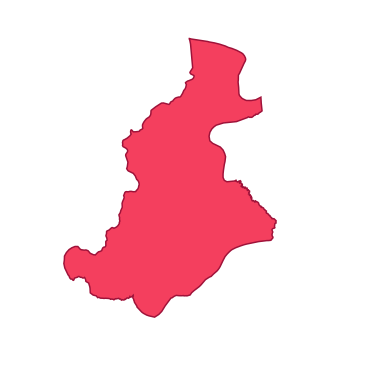 Vangvieng, Vientiane, Laos, rotated 216°
{"feature_id": "54806243B551923777603", "entity_name": "Vangvieng", "entity_type": "district", "adm_level": 2, "iso_a3": "LAO", "parent_name": "Laos", "parent_adm1": "Vientiane", "projection": "albers", "projection_center": [102.424, 18.922], "detail": "fine", "context": "isolated", "style": "filled", "palette": "rose", "viewbox_px": 384, "rotation_deg": 216, "n_neighbors": 0, "source": "geoboundaries", "source_scale": "gbopen_adm2", "svg_char_len": 6024}
<svg xmlns="http://www.w3.org/2000/svg" viewBox="0 0 384 384"><g transform="rotate(216 192 192)"><path d="M275.2,201.1L276.1,197.5L277.4,194.6L278.0,193.7L278.0,192.7L277.2,191.0L276.2,190.1L275.5,188.7L274.4,188.2L271.3,188.6L269.6,188.4L268.7,188.0L268.1,187.2L267.8,186.4L267.7,183.6L267.0,182.4L261.4,178.5L259.2,174.4L258.5,172.4L258.0,172.3L256.9,171.8L255.9,171.6L250.3,172.6L249.3,172.2L247.4,171.7L244.2,169.7L242.6,169.5L241.2,168.9L239.9,167.9L238.9,166.7L238.7,165.7L237.9,164.1L237.6,162.6L237.9,160.4L237.8,159.2L239.8,157.6L241.4,156.9L242.6,156.0L243.8,154.6L245.2,153.8L245.9,153.0L246.0,152.1L245.1,148.8L244.2,148.3L243.7,147.8L243.1,146.2L242.6,143.7L241.9,141.7L240.1,139.5L239.4,138.5L238.7,135.2L237.9,133.1L237.7,130.6L237.1,130.0L235.5,128.7L234.7,127.4L233.3,126.1L232.9,124.6L232.3,123.9L232.1,121.3L232.5,119.3L233.8,116.8L235.1,116.6L235.8,116.2L236.2,115.2L236.7,112.6L237.9,110.4L237.7,109.4L237.0,108.7L235.9,106.0L235.1,105.4L234.1,104.9L232.4,103.2L232.7,101.5L232.3,100.8L230.2,98.0L230.0,97.2L230.2,96.2L231.1,95.3L231.3,94.3L231.0,92.6L230.6,91.6L231.3,90.1L232.5,88.6L233.0,86.3L233.2,84.3L234.9,83.3L238.3,82.6L241.6,83.4L243.7,82.8L245.0,81.6L247.5,80.3L248.6,80.0L252.3,80.8L254.6,79.2L256.4,76.3L257.6,73.2L258.0,69.3L257.5,65.2L255.4,62.1L253.6,58.8L250.3,55.8L243.5,52.1L241.9,51.7L240.7,50.8L239.1,50.3L237.7,51.0L236.6,50.7L236.2,50.7L236.0,50.9L235.9,51.6L236.4,52.9L236.4,53.3L234.5,55.9L234.3,56.8L233.7,57.3L232.2,57.4L231.1,58.1L229.8,58.2L229.1,58.8L228.7,59.7L227.2,59.0L226.0,58.1L225.7,57.5L224.9,57.3L222.1,57.6L219.2,55.4L218.0,54.3L215.0,50.6L211.4,50.5L208.4,51.7L206.2,51.1L205.7,51.8L204.9,52.2L203.9,52.2L201.3,53.9L200.7,54.1L199.8,55.0L197.0,56.8L195.7,57.4L194.9,57.3L194.0,58.2L192.6,58.9L192.0,58.8L191.6,59.2L191.6,59.8L191.3,60.1L191.2,60.7L190.5,60.9L190.1,61.7L189.5,62.0L188.8,62.9L188.4,63.0L187.8,62.7L187.2,63.2L186.7,63.4L185.6,63.0L185.1,63.9L184.3,64.1L183.4,64.9L183.4,65.6L182.8,65.9L182.7,66.1L182.5,67.6L181.9,68.4L181.1,68.6L180.8,68.9L180.6,70.0L180.8,71.0L180.0,70.8L179.7,71.0L179.1,72.2L178.9,73.9L178.3,73.3L178.3,72.6L178.0,72.0L177.4,71.5L176.1,70.9L175.4,70.2L174.6,69.8L174.1,69.2L173.1,68.7L169.6,67.3L168.8,66.6L161.9,65.3L160.0,65.3L156.3,65.8L153.8,66.6L148.7,68.8L146.9,73.4L146.3,77.6L146.8,84.2L146.7,93.7L145.9,94.8L145.1,97.2L144.0,99.1L141.7,100.4L139.1,102.2L138.2,103.1L137.6,103.2L137.4,103.5L136.8,103.7L135.7,104.8L135.1,104.9L133.0,107.6L133.1,110.3L132.4,113.4L130.5,119.8L130.1,122.3L129.6,129.0L127.9,133.4L126.9,135.0L126.4,138.3L125.3,143.1L125.2,145.7L125.4,148.1L126.7,155.1L127.3,159.2L127.1,162.5L126.7,165.3L126.2,167.7L125.7,169.1L123.9,172.6L121.0,177.0L119.0,179.8L117.3,181.9L109.0,191.0L103.1,196.5L101.3,197.9L99.8,199.3L99.6,202.4L100.0,203.1L101.1,203.5L102.2,204.4L102.4,205.1L102.8,205.7L103.1,207.1L104.7,208.1L105.2,208.7L105.2,209.6L104.8,210.5L104.4,210.8L104.0,211.7L104.2,212.1L104.7,212.3L105.0,212.6L106.3,215.0L106.3,215.6L105.8,216.3L106.8,217.5L106.9,217.9L107.1,218.2L110.0,218.6L110.5,218.1L111.1,218.0L111.5,217.5L112.6,218.0L114.4,218.1L115.0,218.7L116.6,218.6L117.2,219.0L117.9,218.9L118.3,219.1L119.0,218.7L119.4,218.7L119.9,219.0L120.6,220.3L122.0,220.2L122.5,220.5L123.5,220.4L124.8,221.1L125.6,220.9L126.3,220.9L126.6,220.4L127.1,220.3L127.3,220.5L127.6,221.0L128.2,220.7L129.0,220.9L129.7,220.9L131.0,221.5L131.4,222.1L132.4,222.4L133.6,222.3L134.3,222.0L135.4,222.2L135.5,222.0L135.1,221.3L135.2,220.9L135.6,220.8L137.1,221.2L137.5,221.1L137.8,220.4L138.1,220.3L138.7,220.7L139.3,220.8L140.0,222.2L140.6,221.8L141.2,221.9L141.3,222.5L141.1,223.0L141.3,223.2L142.1,223.5L143.2,223.1L143.1,223.8L143.4,224.0L145.0,223.7L145.0,224.5L145.7,224.9L145.4,225.8L146.0,226.6L147.3,226.6L147.7,226.9L148.0,226.8L147.8,226.0L148.1,225.8L148.9,226.5L149.6,227.5L149.9,227.3L150.0,226.8L150.3,226.6L151.5,227.3L151.9,227.1L152.0,226.8L151.6,226.4L151.7,226.0L152.3,226.0L153.2,226.5L153.6,225.6L153.8,225.4L154.4,225.7L154.9,226.5L155.3,226.0L155.3,225.4L155.5,225.4L155.7,225.7L155.8,226.8L155.5,227.4L155.6,227.6L156.0,227.8L156.4,227.7L156.5,228.0L156.8,228.1L157.2,227.9L158.3,228.1L158.5,227.8L158.5,227.4L158.7,227.2L159.4,228.1L159.1,228.4L158.4,228.7L158.5,229.1L158.9,229.4L159.7,229.5L159.9,229.2L159.8,228.8L159.8,228.3L160.0,228.2L160.5,228.2L160.7,227.9L160.8,227.0L161.5,226.9L162.6,226.6L162.9,226.8L163.1,227.3L163.3,227.4L163.8,226.4L163.7,226.2L169.8,220.8L172.7,220.4L175.4,222.0L177.5,224.9L179.4,228.2L181.9,233.0L183.2,236.0L185.6,240.3L188.2,242.3L191.5,244.2L195.5,245.0L203.9,243.5L207.7,243.9L211.0,247.2L212.6,250.8L213.0,254.6L212.6,257.4L211.7,260.3L207.1,266.4L197.4,275.1L190.8,285.0L190.7,285.7L190.4,286.1L189.4,286.2L187.5,287.6L187.0,289.0L186.8,290.4L186.1,291.3L186.1,292.5L185.0,293.1L184.3,294.1L184.1,295.9L183.6,296.7L183.0,298.8L188.4,304.8L192.0,309.2L194.6,304.1L197.9,300.8L201.7,298.1L202.6,297.8L205.3,297.3L207.0,297.2L210.4,298.0L211.8,299.1L215.8,304.1L219.4,308.1L220.4,309.9L223.2,313.9L223.3,315.7L225.5,326.5L225.9,329.4L226.5,330.8L227.5,331.8L229.7,333.0L232.2,333.7L234.2,333.6L239.0,332.9L244.1,331.6L247.7,330.3L250.8,329.7L256.6,327.8L261.3,325.9L266.3,323.5L267.7,323.0L282.6,315.3L284.4,314.6L284.3,314.3L282.9,313.4L280.1,310.8L264.4,292.8L264.1,288.1L263.8,287.3L262.5,286.8L259.2,287.3L258.5,287.1L258.2,286.5L257.8,285.0L258.0,283.5L259.8,280.5L260.7,279.3L261.3,277.8L261.5,276.6L260.8,276.1L259.7,275.6L258.6,273.1L258.2,271.6L258.3,269.2L257.6,266.3L257.3,262.6L257.7,261.6L258.6,261.0L260.2,259.0L260.8,257.7L261.1,255.4L261.0,254.5L262.0,252.6L262.1,252.1L262.1,251.4L261.8,250.8L262.1,249.3L267.5,247.2L269.0,245.9L271.4,239.7L272.7,235.3L273.0,234.2L272.9,233.6L271.5,231.5L270.8,230.0L270.7,228.8L270.7,227.7L271.9,224.4L272.0,223.3L272.1,220.9L271.9,219.1L271.6,217.5L270.9,216.3L269.2,214.5L269.2,213.9L270.4,211.5L270.3,210.3L270.8,209.6L273.1,207.5L274.9,206.2L277.2,206.7L277.6,206.6L277.8,206.1L277.2,204.8L276.2,203.6L275.3,203.2L275.2,201.1Z" fill="#f43f5e" stroke="#9f1239" stroke-width="1.5"/></g></svg>